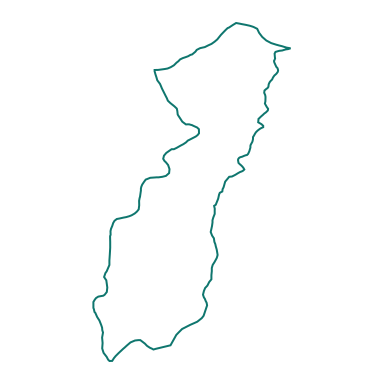 Ose, Ondo, Nigeria (Mercator projection)
{"feature_id": "59680162B83455285452940", "entity_name": "Ose", "entity_type": "district", "adm_level": 2, "iso_a3": "NGA", "parent_name": "Nigeria", "parent_adm1": "Ondo", "projection": "mercator", "projection_center": [5.755, 7.05], "detail": "fine", "context": "isolated", "style": "outline", "palette": "teal", "viewbox_px": 384, "rotation_deg": 0, "n_neighbors": 0, "source": "geoboundaries", "source_scale": "gbopen_adm2", "svg_char_len": 4243}
<svg xmlns="http://www.w3.org/2000/svg" viewBox="0 0 384 384"><path d="M243.2,170.6L244.3,169.5L243.5,168.0L242.4,166.6L241.0,165.2L239.9,164.3L238.5,162.9L238.0,160.0L238.3,158.9L239.2,157.8L240.3,157.2L242.2,156.7L244.2,155.8L245.6,155.3L247.0,155.0L248.1,153.9L249.3,151.3L249.8,149.6L250.4,147.6L250.4,145.9L250.7,144.8L252.4,141.7L253.0,139.1L253.0,137.1L253.9,135.7L255.0,133.7L255.9,132.3L257.6,130.6L259.8,128.9L261.2,128.1L263.2,127.2L263.2,125.8L261.5,124.2L258.2,122.3L258.5,118.9L259.4,118.1L260.8,116.7L263.1,114.7L264.2,113.6L265.9,112.4L266.4,111.9L267.8,110.5L268.1,109.1L268.1,108.8L266.8,107.0L264.9,103.6L265.4,101.3L265.5,97.6L265.5,96.8L265.2,95.1L264.2,92.8L264.5,90.5L266.1,89.1L267.6,88.0L268.4,86.8L268.7,84.3L269.6,82.3L270.7,80.9L272.1,79.5L273.0,77.5L274.4,75.5L275.8,74.3L276.6,73.5L277.8,71.8L278.1,70.4L277.8,69.0L277.3,67.8L276.4,67.0L275.6,65.3L274.8,63.5L274.3,62.4L274.0,61.0L274.6,59.8L275.1,58.4L274.9,57.3L274.6,53.6L275.5,51.9L277.5,51.3L279.4,50.8L282.2,50.5L284.1,49.9L285.8,49.4L288.1,49.1L290.6,48.3L286.5,47.6L282.0,46.2L278.8,45.4L277.1,44.9L276.9,44.9L271.2,43.1L266.3,40.5L262.2,36.9L259.1,32.8L257.2,28.8L256.6,28.5L253.6,27.0L252.2,26.5L249.6,25.7L245.5,24.8L241.2,24.0L240.4,23.8L236.1,23.0L235.3,23.5L233.0,24.9L228.9,27.6L227.6,28.1L225.3,30.3L220.9,34.9L217.3,39.4L214.6,41.7L211.5,43.9L208.4,45.3L204.8,47.1L200.3,48.1L199.6,48.4L196.7,49.9L195.4,51.7L192.2,54.4L190.4,54.9L188.2,56.2L185.5,57.2L182.8,58.1L180.1,59.4L178.3,61.3L176.6,62.6L173.9,65.3L170.7,67.2L167.6,68.5L164.9,69.0L161.3,69.5L158.2,69.9L154.6,70.0L154.6,71.3L155.5,74.5L156.4,77.2L157.3,80.3L160.0,83.9L161.0,86.2L161.9,88.4L163.7,92.0L165.5,95.6L166.9,98.3L167.8,100.6L168.1,100.9L168.6,101.4L170.5,103.2L174.5,106.4L176.8,108.6L177.3,110.9L177.7,114.5L178.2,115.4L180.3,118.6L182.3,121.7L185.9,124.4L189.0,124.3L192.2,125.2L193.1,125.7L197.1,127.5L198.9,129.2L199.0,133.3L197.6,135.1L195.8,136.5L189.6,139.7L187.8,140.6L186.0,142.4L183.3,144.2L180.6,145.6L176.6,147.9L173.9,149.2L171.6,149.2L170.3,150.1L166.3,152.9L164.2,155.4L164.0,155.6L163.2,158.8L164.5,161.0L165.9,162.3L168.1,165.0L169.5,169.1L169.1,173.1L165.9,175.9L162.4,176.8L158.8,177.3L157.0,177.3L150.2,177.8L148.0,178.7L145.7,179.6L144.0,181.9L142.2,184.6L141.3,186.8L140.9,188.6L140.9,190.9L140.8,191.2L140.4,194.0L140.0,196.8L139.6,198.1L139.1,200.8L139.2,205.3L138.7,209.4L136.9,211.6L134.7,213.5L131.6,215.3L129.3,216.2L126.2,217.1L123.5,217.6L119.5,218.5L116.8,219.0L114.5,220.8L113.2,223.0L112.3,225.8L111.0,228.9L110.5,231.2L110.6,234.8L110.1,236.1L110.1,237.9L110.2,242.0L110.2,247.9L109.8,254.6L109.4,260.5L109.4,265.0L106.7,271.3L105.4,273.1L104.1,277.0L105.2,278.7L106.3,280.3L107.3,287.5L106.8,292.0L104.6,294.8L103.3,295.7L101.0,296.1L98.3,296.6L96.1,298.0L94.9,299.5L94.7,299.8L93.4,302.0L93.4,306.1L93.4,307.9L93.9,309.2L94.5,312.0L95.3,312.8L96.5,315.5L97.1,316.9L99.4,320.5L101.2,325.0L102.1,327.7L102.3,330.2L103.0,332.5L102.1,337.6L102.6,343.0L102.2,348.4L102.7,350.1L103.6,352.9L106.7,356.9L108.1,359.6L109.5,361.0L112.2,360.9L113.9,358.2L115.7,356.0L118.9,352.8L123.3,348.7L124.5,347.7L126.9,345.5L130.5,342.4L135.0,340.5L138.5,340.1L140.3,340.1L144.9,343.6L146.4,345.2L147.1,345.9L149.8,347.7L152.2,348.8L153.4,349.5L154.9,349.1L155.5,348.9L170.5,345.3L174.8,337.6L176.3,334.9L178.5,332.6L180.7,330.4L182.1,329.0L190.1,324.9L194.2,323.1L197.3,321.7L201.8,318.1L203.6,315.8L207.1,305.4L206.6,302.7L205.7,301.0L204.8,298.7L203.9,297.4L203.0,294.7L203.9,291.0L205.1,288.1L205.2,287.9L205.4,287.7L205.8,287.3L207.4,285.6L209.2,282.0L210.7,280.2L211.4,279.3L211.4,275.2L211.8,271.2L211.8,270.7L211.8,268.0L212.7,264.9L214.5,262.1L216.7,258.1L217.3,256.2L217.4,255.6L217.6,255.1L217.6,254.9L217.1,251.8L216.7,249.5L215.8,246.4L215.3,244.1L214.4,241.9L213.9,238.3L212.1,235.6L210.7,232.0L212.0,226.1L212.5,222.5L212.5,220.2L213.3,217.5L214.7,213.9L214.7,211.7L214.7,209.9L214.8,208.9L214.1,205.9L215.8,204.7L216.4,203.1L216.9,201.9L217.1,201.3L217.4,200.7L218.2,198.6L219.1,194.5L219.8,192.8L222.3,191.5L222.6,189.2L223.5,187.5L224.1,185.5L224.7,183.3L225.2,181.6L228.3,177.9L228.6,177.5L229.2,176.8L232.0,176.5L234.8,175.1L236.2,174.3L237.6,173.4L240.1,172.0L241.8,171.4L243.2,170.6Z" fill="none" stroke="#0f766e" stroke-width="2"/></svg>